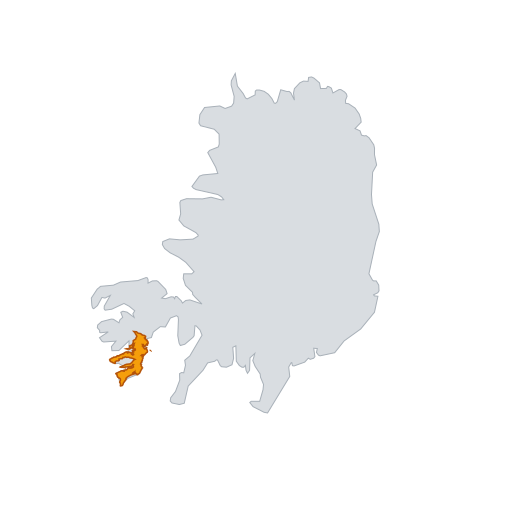 Vesturbyggð, Vestfirðir, Iceland (highlighted), rotated 306°
{"feature_id": "244011B84482513465742", "entity_name": "Vesturbyggð", "entity_type": "district", "adm_level": 2, "iso_a3": "ISL", "parent_name": "Iceland", "parent_adm1": "Vestfirðir", "projection": "orthographic", "projection_center": [-23.535, 65.593], "detail": "fine", "context": "in_parent", "style": "filled", "palette": "amber", "viewbox_px": 512, "rotation_deg": 306, "n_neighbors": 0, "source": "geoboundaries", "source_scale": "gbopen_adm2", "svg_char_len": 9299}
<svg xmlns="http://www.w3.org/2000/svg" viewBox="0 0 512 512"><g transform="rotate(306 256 256)"><path d="M362.9,148.2L366.6,148.0L372.3,144.5L379.8,135.3L383.2,133.1L391.5,131.9L382.5,141.1L379.9,150.1L377.7,154.6L377.9,156.5L385.8,160.6L389.0,158.5L390.6,158.9L392.3,161.2L394.0,165.8L394.1,170.9L392.7,176.3L390.4,180.9L391.0,182.1L393.4,182.5L405.0,178.3L407.2,184.2L408.6,186.1L408.5,188.2L404.7,195.5L409.8,190.6L414.0,188.7L421.9,189.7L425.4,191.6L427.9,195.5L431.4,193.6L433.5,195.7L434.0,198.3L433.4,205.6L429.4,209.8L432.9,214.4L435.3,214.2L435.8,215.3L436.1,218.3L433.1,222.4L439.5,225.4L440.5,226.8L440.8,231.3L440.2,234.0L438.7,235.8L434.6,236.8L432.2,238.8L433.6,241.4L433.9,249.2L431.5,256.0L428.9,259.8L426.1,262.4L417.3,261.2L418.4,266.6L415.8,270.3L416.8,273.0L418.1,274.3L418.1,277.9L415.2,285.9L412.8,288.6L407.6,292.3L400.5,300.1L392.4,301.1L373.6,313.3L366.4,319.4L353.9,336.7L348.3,341.4L338.2,344.5L308.0,357.8L305.0,364.3L304.9,365.6L306.5,367.9L304.6,372.4L300.1,376.0L297.8,376.1L293.7,373.9L293.3,375.2L295.1,378.3L280.1,384.9L258.5,383.6L239.1,377.2L224.0,376.5L212.9,366.5L212.5,364.8L213.5,361.6L217.2,360.0L215.3,356.9L209.2,362.8L207.1,362.7L204.3,360.6L204.1,358.4L198.8,357.8L189.4,351.4L188.7,349.9L190.8,347.6L190.3,347.2L185.4,347.7L178.4,354.1L135.8,357.6L134.3,354.4L132.4,342.2L133.8,337.1L135.6,337.5L140.6,344.4L151.9,340.3L156.5,337.6L160.6,330.9L163.0,328.7L166.2,320.2L169.5,314.9L176.5,312.3L170.1,311.0L159.7,318.0L156.1,318.1L157.7,315.1L161.3,311.7L158.8,311.5L157.8,310.1L157.6,306.9L159.3,301.9L171.5,292.5L168.5,290.9L160.1,298.0L153.9,300.5L148.7,297.5L146.2,293.3L146.3,291.5L149.2,286.1L148.7,285.0L146.6,284.5L141.1,279.7L132.4,280.3L110.9,277.6L94.7,284.5L90.8,281.3L87.7,274.4L88.3,271.8L91.2,270.3L99.1,270.5L110.7,267.3L115.9,263.3L118.0,264.3L119.0,266.2L126.1,263.2L129.8,259.6L136.2,261.2L160.2,258.9L163.2,254.2L164.3,248.7L163.7,247.6L155.1,252.8L153.1,252.8L142.8,250.3L139.1,247.4L140.3,245.0L145.5,239.6L159.0,230.6L160.9,228.8L161.0,226.8L155.5,223.2L145.3,224.4L142.6,220.1L134.1,217.6L128.5,219.3L125.5,216.7L92.2,230.7L81.5,224.2L73.8,223.0L73.1,221.0L77.7,215.0L80.7,213.9L83.8,214.5L89.7,218.8L93.7,220.2L88.7,213.9L88.5,207.9L86.9,206.3L85.4,202.3L86.1,200.9L92.1,201.9L101.8,208.8L106.6,207.6L112.7,203.1L98.9,200.6L94.7,195.1L97.7,192.3L104.8,192.7L96.9,183.3L96.5,181.6L97.9,177.4L107.8,181.1L102.6,175.5L102.4,174.3L103.9,173.3L104.7,169.8L107.1,168.5L112.1,169.6L119.9,176.0L121.0,177.8L121.4,184.4L124.4,183.4L128.0,184.2L131.0,179.7L133.1,180.8L134.8,184.7L134.7,193.5L136.8,190.4L140.4,190.1L140.8,182.9L140.0,177.1L128.2,170.6L123.5,165.8L124.0,164.2L126.3,162.7L138.5,161.3L133.2,158.6L131.9,155.7L122.7,156.9L118.0,155.7L117.9,154.2L119.7,152.1L125.2,147.5L135.8,147.0L140.1,148.1L148.6,157.8L155.3,161.7L166.7,174.9L174.0,179.8L174.4,181.1L173.3,182.7L170.6,184.6L174.9,186.8L177.6,190.2L177.8,191.7L175.9,202.6L173.3,206.2L166.5,204.4L168.2,207.8L173.1,211.3L174.3,213.3L173.6,215.3L175.9,214.6L176.7,215.7L175.8,221.9L174.7,224.2L178.7,225.3L181.6,228.3L185.4,240.5L186.9,230.9L187.7,227.4L189.3,226.0L190.8,216.2L195.1,210.3L199.1,208.0L203.8,214.5L206.9,215.1L209.6,203.0L209.6,194.2L208.1,184.6L208.3,177.7L210.2,173.5L212.9,172.1L219.0,175.9L224.5,185.2L232.6,195.1L238.0,197.4L238.9,197.0L239.6,193.6L237.9,179.9L239.8,172.5L245.8,170.3L254.6,162.9L256.7,162.6L261.5,166.1L270.8,179.2L277.1,185.1L281.0,195.0L282.6,196.8L283.6,193.5L283.3,189.0L274.5,168.5L274.1,165.6L274.6,163.3L287.4,163.3L290.4,165.4L300.3,176.6L304.1,171.3L311.3,156.2L314.2,156.4L322.1,161.4L324.9,160.5L332.9,154.5L334.0,147.7L328.8,134.6L330.0,131.7L337.4,127.5L345.9,127.1L356.1,138.5L357.2,144.3L362.9,148.2Z" fill="#d9dde1" stroke="#a8b0b8" stroke-width="1"/><path d="M104.6,205.5L105.1,206.9L106.1,207.8L106.1,208.1L106.2,208.3L107.0,208.5L107.3,208.9L109.5,209.6L111.0,209.0L112.0,209.1L112.5,208.9L113.2,208.7L113.7,209.0L112.7,209.3L112.1,209.9L110.9,209.9L110.4,210.4L108.8,210.7L108.5,210.9L108.8,211.6L109.3,212.2L109.3,212.3L109.8,212.6L109.7,213.1L109.1,213.6L108.5,213.5L107.0,212.0L106.6,211.7L106.5,211.9L106.7,212.6L106.7,213.2L106.5,213.4L105.7,212.4L105.7,212.1L105.5,212.6L104.9,213.7L104.7,214.2L104.7,214.5L104.3,215.0L103.4,214.5L103.6,213.5L103.4,213.3L103.4,213.0L104.3,211.6L104.2,211.5L104.2,211.4L103.8,210.2L103.6,210.2L103.5,209.9L103.3,208.8L102.9,208.7L102.2,209.3L102.0,209.1L102.1,208.6L102.4,208.3L102.4,207.7L102.2,207.4L100.2,206.3L99.0,206.4L99.0,206.0L99.5,206.3L98.9,205.9L98.2,205.3L97.5,205.3L97.1,204.8L96.1,204.1L95.2,204.1L95.5,204.3L95.2,204.2L94.3,203.0L93.6,202.3L92.0,202.1L91.8,201.7L90.8,200.8L90.7,200.6L90.4,200.2L89.7,200.1L88.9,199.7L88.6,199.3L87.2,198.9L86.7,198.5L85.9,198.6L85.6,199.3L85.4,199.5L85.5,199.7L85.1,200.3L85.2,200.8L85.6,202.1L85.4,202.5L85.5,202.7L85.8,203.8L86.1,204.9L86.3,205.2L86.5,205.2L87.7,204.3L88.1,204.6L88.8,204.6L89.6,205.3L89.8,205.8L90.3,206.3L91.0,206.6L91.3,206.6L91.7,206.0L92.1,205.7L92.6,206.3L93.4,206.9L94.2,208.1L95.8,208.0L96.0,208.9L96.5,208.9L97.6,209.6L97.8,210.7L99.0,212.0L99.4,212.8L99.4,213.4L99.6,214.1L100.3,215.4L100.4,215.8L100.6,216.3L100.9,217.1L101.2,218.8L100.6,218.4L99.1,218.3L98.3,218.1L97.3,218.2L94.8,217.6L92.2,214.8L90.7,213.8L89.6,213.4L88.6,212.6L87.2,212.2L86.7,211.4L86.3,211.3L86.4,211.7L86.9,212.7L87.4,213.3L88.3,214.8L88.7,215.1L88.8,215.6L88.8,215.2L88.9,215.3L88.8,215.6L89.2,215.4L89.6,215.6L90.3,216.8L90.6,216.9L92.6,219.0L92.8,219.6L93.1,219.8L93.1,220.1L94.2,220.2L94.7,220.6L95.8,220.1L96.0,220.3L96.2,220.8L95.2,221.0L94.5,221.5L94.5,221.8L94.2,222.1L93.8,222.0L92.6,221.5L91.7,220.7L90.8,219.5L90.8,219.4L90.9,219.1L91.1,218.9L90.8,218.5L88.6,218.4L87.9,218.2L86.0,216.5L85.3,217.1L85.2,217.0L85.2,216.6L85.5,216.8L85.6,216.7L84.9,216.3L84.8,216.1L84.9,215.8L84.8,215.6L83.8,214.4L82.3,213.8L81.4,213.1L80.4,212.7L79.6,212.3L79.3,211.9L78.5,211.7L78.3,211.9L78.3,212.3L78.4,212.8L78.4,213.0L78.2,213.2L78.3,213.2L78.2,213.5L77.7,214.0L77.3,214.3L76.7,215.3L76.9,215.7L76.7,216.3L76.7,216.9L77.0,217.4L76.9,218.2L76.7,218.7L75.5,219.5L73.9,219.7L73.5,220.2L73.6,220.7L73.5,221.0L72.5,221.9L71.9,222.1L71.7,222.4L71.3,222.5L71.2,222.7L72.3,223.8L72.9,224.0L73.9,223.9L75.2,223.4L80.1,223.3L80.3,223.1L80.4,222.8L80.6,222.7L82.8,223.1L85.9,224.6L88.6,226.5L89.0,226.5L88.5,226.3L87.2,225.3L88.2,225.6L88.5,225.1L88.8,225.0L90.0,225.4L90.2,225.7L90.6,225.6L90.7,225.8L90.7,226.0L91.0,226.0L90.7,226.2L90.3,226.2L90.5,226.5L90.7,226.4L90.7,226.8L90.8,226.8L90.5,227.5L90.4,227.5L90.4,227.8L89.2,226.7L89.2,226.9L89.4,227.2L90.4,228.3L90.3,228.5L90.3,228.8L90.0,229.6L90.5,230.1L91.4,230.1L91.6,230.3L92.8,230.7L96.1,230.1L97.8,230.0L98.3,229.8L98.7,229.9L98.7,229.5L99.3,228.8L99.4,228.7L99.4,228.2L99.4,227.8L99.6,227.6L100.6,227.0L100.7,226.1L101.5,225.8L102.9,225.9L103.5,225.4L104.4,225.4L105.8,224.8L106.9,224.6L107.8,223.8L109.3,223.7L109.6,223.4L108.6,222.8L108.0,222.7L108.5,222.3L108.5,222.2L108.7,221.9L108.5,221.7L109.2,221.8L109.4,222.4L109.5,222.5L109.4,222.7L109.6,222.8L109.3,223.0L109.8,222.8L110.0,223.4L110.0,223.6L110.5,223.9L113.2,224.2L114.3,224.6L115.0,224.3L115.3,224.1L115.4,223.8L116.1,222.9L116.1,222.4L116.3,222.1L116.2,221.5L115.8,221.0L115.8,220.8L116.0,220.9L115.7,220.7L115.9,220.6L115.7,220.5L115.7,220.3L115.6,220.2L115.8,220.0L115.6,219.4L115.9,219.0L115.8,218.9L115.9,218.6L116.4,218.3L116.3,217.9L116.4,217.5L116.6,217.4L116.5,217.2L117.1,217.0L117.0,216.9L117.5,216.2L117.6,216.5L117.8,216.4L117.9,216.6L118.0,216.7L117.6,217.1L117.4,217.1L117.5,217.2L117.4,217.4L117.5,217.4L117.5,217.6L117.4,217.7L117.5,217.7L117.4,217.8L117.4,218.0L117.6,218.1L117.6,218.6L117.6,219.2L117.7,219.3L117.4,219.5L117.9,219.2L119.2,219.5L119.8,219.3L120.0,219.4L120.0,219.6L120.3,219.8L120.2,219.9L120.3,219.8L120.3,220.0L120.6,220.2L122.0,219.8L122.3,219.9L122.9,218.9L123.1,218.8L123.0,218.7L123.4,218.2L123.3,218.3L123.3,218.2L123.2,218.0L123.6,217.7L123.5,216.9L123.8,216.4L123.6,216.3L123.5,216.1L123.7,215.6L123.9,215.6L123.7,215.5L123.6,215.3L123.9,214.7L124.0,214.4L124.1,213.9L124.4,214.0L124.4,214.5L124.5,214.8L125.0,214.4L126.2,213.9L126.2,213.7L126.1,213.0L126.1,212.3L125.7,211.6L125.4,211.2L125.5,210.7L125.2,210.0L125.2,209.4L125.4,209.2L125.4,208.3L124.2,205.8L124.5,203.9L123.1,201.5L123.0,202.0L122.8,203.1L122.1,204.3L122.1,204.6L121.2,206.6L120.8,206.9L119.5,207.0L118.1,207.5L115.4,206.4L114.8,206.9L113.9,207.3L113.5,207.7L111.1,207.9L108.9,206.5L107.6,208.2L107.1,208.1L106.2,207.2L105.6,206.8L105.0,205.8L104.6,205.5ZM118.1,221.4L117.7,221.3L117.7,221.5L118.1,221.4ZM100.8,227.5L101.2,227.4L100.8,227.5ZM119.8,220.7L120.1,220.5L119.6,220.7L119.8,220.7ZM120.6,220.3L120.3,220.2L120.3,220.3L120.6,220.3ZM117.6,225.9L117.3,226.0L117.7,225.9L117.6,225.9ZM117.1,226.3L117.3,226.3L117.3,226.2L117.1,226.3ZM102.9,226.0L103.2,225.8L102.8,226.0L102.9,226.0ZM100.8,227.0L101.0,226.9L100.8,227.0ZM117.7,227.2L117.4,227.1L117.5,227.2L117.7,227.2ZM119.7,219.5L119.6,219.4L119.5,219.5L119.7,219.5ZM104.3,225.5L104.5,225.5L104.5,225.4L104.3,225.5ZM118.1,225.7L117.9,225.7L118.1,225.7ZM119.1,219.7L119.4,219.5L119.1,219.7ZM121.7,220.1L121.8,220.1L121.7,220.1ZM123.1,219.0L123.3,218.9L123.1,219.0ZM119.5,220.7L119.4,220.7L119.5,220.7ZM121.2,220.5L121.3,220.4L121.2,220.5ZM121.2,220.2L121.3,220.2L121.2,220.2Z" fill="#f59e0b" stroke="#b45309" stroke-width="1.5"/></g></svg>